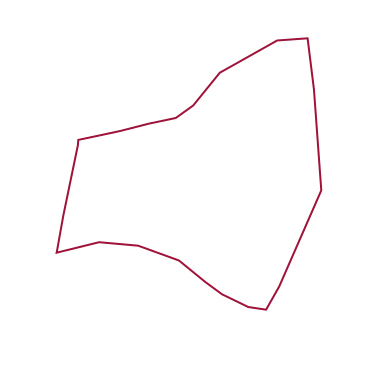 33, Ad Dawhah, Qatar (Albers equal-area conic projection), rotated 78°
{"feature_id": "91078587B4294922321935", "entity_name": "33", "entity_type": "district", "adm_level": 2, "iso_a3": "QAT", "parent_name": "Qatar", "parent_adm1": "Ad Dawhah", "projection": "albers", "projection_center": [51.491, 25.326], "detail": "fine", "context": "isolated", "style": "outline", "palette": "rose", "viewbox_px": 384, "rotation_deg": 78, "n_neighbors": 0, "source": "geoboundaries", "source_scale": "gbopen_adm2", "svg_char_len": 502}
<svg xmlns="http://www.w3.org/2000/svg" viewBox="0 0 384 384"><g transform="rotate(78 192 192)"><path d="M320.6,142.3L302.5,126.3L217.3,65.2L117.1,51.4L67.1,47.1L66.2,47.0L65.7,47.0L61.5,77.2L81.1,140.0L107.6,172.8L116.2,192.4L116.2,220.6L117.4,250.0L117.4,292.4L119.1,292.9L119.4,293.0L122.3,293.8L187.9,322.6L223.0,336.9L223.2,337.0L221.8,293.3L233.3,255.9L256.3,219.0L282.8,197.7L298.3,183.9L316.2,160.9L322.5,144.0L321.5,143.1L320.6,142.3Z" fill="none" stroke="#9f1239" stroke-width="2"/></g></svg>